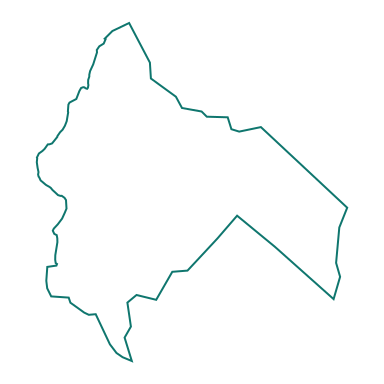 outline of Salem, New Jersey, United States of America
{"feature_id": "52423323B39484776896839", "entity_name": "Salem", "entity_type": "district", "adm_level": 2, "iso_a3": "USA", "parent_name": "United States of America", "parent_adm1": "New Jersey", "projection": "equal_earth", "projection_center": [-75.458, 39.588], "detail": "fine", "context": "isolated", "style": "outline", "palette": "teal", "viewbox_px": 384, "rotation_deg": 0, "n_neighbors": 0, "source": "geoboundaries", "source_scale": "gbopen_adm2", "svg_char_len": 1464}
<svg xmlns="http://www.w3.org/2000/svg" viewBox="0 0 384 384"><path d="M39.2,177.3L40.6,180.4L45.7,184.7L46.6,185.3L49.1,186.7L49.3,186.8L50.8,187.9L52.5,190.0L54.6,191.9L58.0,195.1L60.5,195.9L61.7,195.8L64.5,197.8L66.0,200.1L66.5,208.6L64.8,212.7L62.1,218.6L57.8,224.3L53.8,228.6L52.8,230.7L54.3,233.9L56.7,235.1L57.3,238.3L57.4,242.2L55.3,255.2L55.2,259.7L55.7,263.1L57.0,264.0L56.4,265.6L47.3,266.9L46.3,280.8L47.2,288.3L51.2,296.4L68.7,297.6L70.4,302.7L84.2,312.6L88.8,314.8L95.7,314.2L109.9,344.3L116.5,353.0L122.6,357.2L131.8,361.0L124.6,337.6L130.9,326.6L127.4,302.6L136.5,295.0L156.2,299.8L172.3,271.8L187.5,270.6L217.4,238.5L237.1,215.7L274.9,246.8L333.6,299.1L340.1,276.8L336.1,262.9L339.3,227.5L347.2,207.7L260.9,127.1L239.2,131.6L231.4,129.2L227.7,117.3L206.8,116.7L201.6,111.5L182.0,108.0L175.9,96.7L150.9,78.5L149.9,62.6L129.1,23.0L113.7,30.4L112.4,31.0L104.9,38.5L104.7,38.7L105.0,38.9L105.6,39.2L103.7,43.6L99.3,46.3L96.8,50.0L97.0,52.4L93.2,64.4L92.5,65.9L90.1,71.1L89.3,74.7L89.3,76.6L88.2,79.9L88.1,83.3L88.4,85.1L87.9,87.8L87.1,88.8L85.4,88.2L84.5,87.4L83.2,87.2L81.1,88.0L79.4,91.0L78.7,92.8L76.3,99.0L71.5,101.5L69.5,102.6L68.4,104.6L67.9,111.5L68.2,112.2L66.7,121.2L64.9,125.8L62.6,129.7L60.1,132.2L57.6,135.8L57.3,136.4L57.3,136.9L52.1,143.4L49.5,144.3L47.8,144.4L44.6,148.9L42.4,151.0L38.9,153.5L36.9,157.6L37.2,158.3L36.8,162.2L37.6,167.9L38.5,172.1L38.1,174.5L38.6,176.6L39.2,177.3Z" fill="none" stroke="#0f766e" stroke-width="2"/></svg>